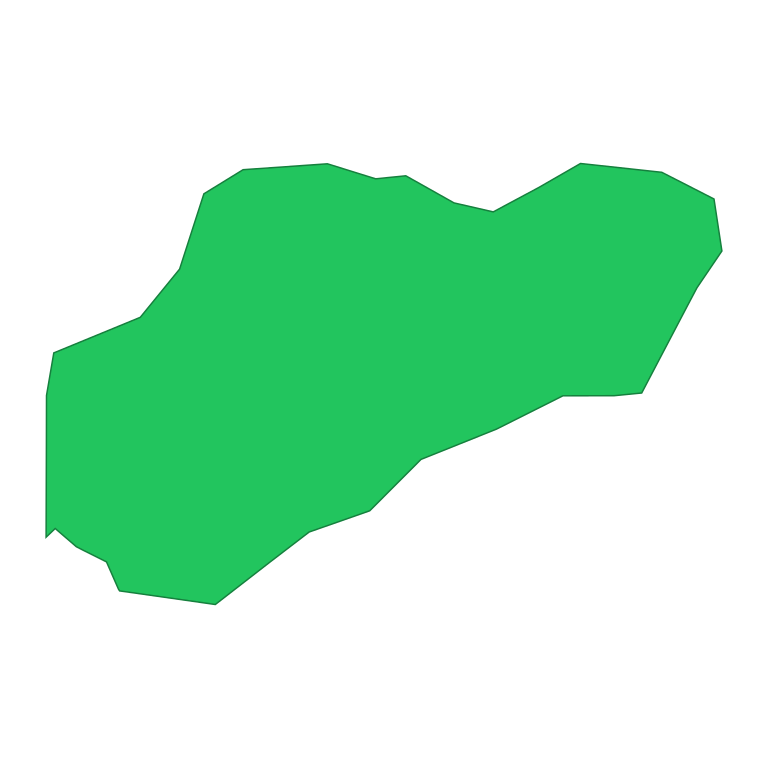 Knivsta, Uppsala, Sweden (Albers equal-area conic projection)
{"feature_id": "70781695B75791016824649", "entity_name": "Knivsta", "entity_type": "district", "adm_level": 2, "iso_a3": "SWE", "parent_name": "Sweden", "parent_adm1": "Uppsala", "projection": "albers", "projection_center": [17.878, 59.771], "detail": "fine", "context": "isolated", "style": "filled", "palette": "green", "viewbox_px": 768, "rotation_deg": 0, "n_neighbors": 0, "source": "geoboundaries", "source_scale": "gbopen_adm2", "svg_char_len": 557}
<svg xmlns="http://www.w3.org/2000/svg" viewBox="0 0 768 768"><path d="M714.0,199.0L661.8,172.3L580.5,163.5L538.4,187.7L493.2,211.9L454.0,202.9L405.8,175.8L375.6,178.8L327.4,163.8L243.1,169.7L203.9,193.8L179.6,269.1L140.3,317.3L53.8,352.9L46.5,395.5L46.4,444.1L46.1,537.2L55.2,528.5L76.3,546.7L83.5,550.4L106.5,561.9L118.5,589.2L119.6,590.9L215.3,604.5L269.8,562.2L309.2,532.0L369.7,510.8L421.0,459.4L496.5,429.1L562.9,395.8L614.2,395.7L641.7,393.0L686.9,306.8L697.0,287.7L721.9,251.0L714.0,199.0Z" fill="#22c55e" stroke="#15803d" stroke-width="1.5"/></svg>